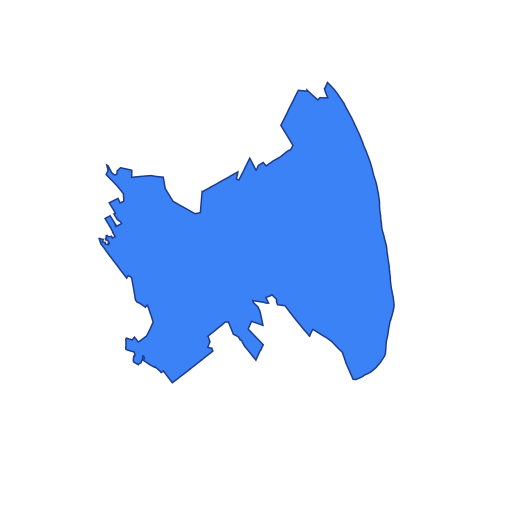 outline of Jumpravas pag., Lielvardes, Latvia, rotated 234°
{"feature_id": "27541924B27221718879632", "entity_name": "Jumpravas pag.", "entity_type": "district", "adm_level": 2, "iso_a3": "LVA", "parent_name": "Latvia", "parent_adm1": "Lielvardes", "projection": "natural_earth1", "projection_center": [24.983, 56.676], "detail": "fine", "context": "isolated", "style": "filled", "palette": "blue", "viewbox_px": 512, "rotation_deg": 234, "n_neighbors": 0, "source": "geoboundaries", "source_scale": "gbopen_adm2", "svg_char_len": 5995}
<svg xmlns="http://www.w3.org/2000/svg" viewBox="0 0 512 512"><g transform="rotate(234 256 256)"><path d="M99.2,262.1L97.3,264.3L97.1,265.0L97.1,265.5L96.6,267.3L96.4,268.4L96.0,270.4L95.8,271.7L95.9,273.2L95.6,275.5L95.4,276.0L95.1,277.4L95.0,278.6L94.7,279.9L94.7,280.9L94.8,282.1L94.8,283.3L95.2,287.6L95.5,288.8L95.8,289.8L96.0,290.9L96.7,293.8L99.0,299.9L99.5,301.2L100.1,302.2L101.1,303.4L103.8,305.8L105.4,307.1L106.8,308.3L108.1,309.3L109.8,310.8L110.6,311.6L115.4,317.0L116.6,318.0L120.4,321.8L123.4,325.0L124.2,325.8L125.0,327.2L126.3,329.0L127.3,330.1L128.5,331.8L129.4,332.7L130.3,334.0L131.4,335.3L132.8,336.6L133.1,337.1L133.7,337.6L134.2,338.1L135.6,339.1L137.4,340.2L139.8,341.5L142.2,342.9L144.2,343.7L148.0,345.5L149.9,346.3L152.2,347.5L156.6,350.0L158.8,351.4L159.6,352.1L161.1,352.8L164.1,354.5L165.0,355.1L166.4,355.8L168.2,357.0L170.1,358.1L174.3,360.2L176.1,361.1L180.0,363.3L182.1,364.3L185.2,366.2L187.7,367.5L189.4,368.2L195.7,370.6L196.8,371.2L198.7,371.9L202.1,373.1L204.1,373.9L206.0,375.0L208.3,376.4L210.3,377.5L212.4,378.6L213.9,379.5L215.2,380.5L216.8,381.1L218.5,382.1L220.0,382.9L222.1,384.2L223.9,385.3L225.3,386.4L226.6,387.3L228.2,388.3L229.5,389.0L231.0,389.7L232.8,390.6L234.0,391.4L236.2,392.4L238.5,393.4L240.8,394.6L243.0,395.5L244.7,396.2L246.4,396.8L251.5,398.4L255.7,400.1L258.1,401.2L260.6,402.0L262.6,402.8L265.0,403.6L270.5,405.2L272.6,405.6L274.2,406.2L276.4,406.8L278.3,407.2L280.5,407.6L282.3,408.1L284.4,408.8L287.0,409.5L293.1,411.0L299.7,412.3L311.1,414.5L314.2,414.9L316.7,415.2L320.0,415.7L322.4,415.9L325.3,416.4L327.8,416.9L330.9,417.0L333.7,417.1L336.2,417.1L338.4,417.3L344.0,417.2L346.6,416.9L349.5,416.6L354.4,415.8L351.3,410.7L351.4,409.9L350.3,409.5L348.4,408.7L346.8,408.3L341.8,407.1L343.6,404.4L346.5,400.9L346.0,397.7L355.5,395.7L360.2,394.8L359.3,394.3L360.2,393.3L362.0,391.2L365.2,387.6L362.9,383.2L362.1,381.6L359.5,376.8L357.8,373.4L355.2,368.3L353.7,365.8L351.8,362.1L350.4,359.4L348.5,355.7L347.1,352.9L336.0,352.0L323.7,350.9L321.5,346.3L322.1,345.1L322.3,343.3L322.3,343.0L322.2,339.7L321.9,334.4L321.9,333.5L322.8,326.0L322.9,319.8L323.0,317.1L327.2,316.8L327.5,316.8L327.6,314.9L327.8,311.4L327.7,310.9L326.1,308.2L325.3,306.6L325.5,306.4L325.9,306.5L338.1,308.4L338.8,308.4L337.5,306.0L333.6,298.5L333.5,298.2L332.9,297.4L327.5,286.7L329.8,285.4L334.2,290.3L334.7,290.8L335.8,281.9L335.8,281.0L335.8,280.6L336.7,274.0L337.3,268.7L337.7,264.4L337.8,264.3L338.0,263.0L338.1,262.7L338.1,262.3L338.0,262.1L338.5,259.8L338.3,259.8L338.7,256.9L339.1,254.0L339.4,250.4L339.8,250.3L330.9,242.6L323.8,236.5L324.4,235.1L326.2,231.4L332.5,228.6L335.7,227.1L343.4,223.5L345.8,222.5L349.0,221.0L362.8,222.1L364.1,222.3L374.3,227.3L379.1,221.9L382.8,218.3L388.8,208.4L392.7,201.7L398.4,205.9L402.1,202.7L407.0,198.3L406.5,193.9L406.3,193.5L404.0,191.6L404.5,189.2L408.1,188.2L415.9,189.3L417.3,188.7L415.3,187.9L414.2,187.5L412.2,186.7L411.3,185.2L411.1,184.8L410.0,182.6L402.7,183.6L402.4,183.8L396.2,184.6L394.8,184.8L393.7,184.9L389.0,185.1L387.9,185.2L387.4,185.2L384.0,185.3L382.7,184.2L379.7,182.4L378.0,181.1L378.8,177.2L383.7,178.2L385.1,169.8L385.3,168.5L376.6,167.8L373.3,167.5L373.6,165.8L367.1,165.2L363.3,166.5L361.2,166.3L362.0,160.8L362.0,160.1L363.8,160.2L363.6,160.9L374.3,161.6L374.6,159.2L374.8,157.9L374.9,157.3L375.1,156.0L375.1,155.9L366.0,155.1L363.0,154.9L362.6,154.6L359.4,154.4L359.3,153.9L354.5,153.5L354.9,150.4L356.9,150.7L358.2,147.8L360.2,147.7L360.5,146.8L358.2,145.2L358.7,144.6L357.5,143.8L355.8,145.2L352.6,144.7L353.1,143.9L351.8,143.5L353.5,141.7L354.1,141.1L355.6,141.9L357.7,140.0L359.2,142.2L362.2,139.5L362.3,139.6L362.4,139.4L357.6,137.8L357.1,137.6L351.3,137.8L343.6,137.7L329.6,138.1L324.5,138.1L314.1,138.4L314.9,139.8L315.4,141.2L314.9,141.3L314.7,141.3L313.0,142.2L312.7,142.3L311.4,142.5L311.2,142.4L309.5,141.7L308.9,141.3L303.6,138.8L294.3,134.2L293.3,133.6L292.9,133.3L290.9,132.6L288.4,132.7L286.3,134.1L283.2,135.3L279.5,136.4L280.3,139.0L279.2,139.1L278.9,139.0L270.5,136.4L269.9,136.3L262.9,133.9L261.7,131.7L259.3,127.7L257.8,124.8L255.6,120.5L255.5,120.1L255.6,119.3L255.5,110.2L261.8,110.0L260.9,106.4L264.1,104.1L265.8,102.9L265.1,101.8L265.0,101.6L262.9,100.3L262.5,100.0L262.0,99.7L261.1,99.1L259.8,98.0L258.3,96.6L257.6,96.2L257.0,95.9L256.2,96.3L255.9,96.5L255.2,97.0L251.5,99.7L251.0,100.2L249.7,101.1L247.0,99.7L246.3,98.7L246.8,98.3L246.0,97.4L243.6,95.3L242.3,94.7L237.2,96.9L237.4,97.7L237.7,98.5L237.2,100.0L239.0,103.1L241.6,105.9L240.6,106.3L238.5,105.4L238.5,104.9L238.2,103.4L234.1,104.9L230.8,106.1L229.6,106.6L225.8,108.4L225.2,108.8L225.4,109.3L219.6,110.6L217.4,110.8L217.2,113.2L217.3,113.2L217.4,113.5L202.6,113.8L203.1,131.7L203.2,136.0L203.3,136.0L203.8,149.6L204.2,158.8L204.4,165.2L207.2,166.0L207.3,166.1L210.4,163.3L210.6,163.4L213.3,167.7L213.5,168.1L213.6,168.4L214.0,168.3L214.3,168.4L216.8,169.3L218.7,169.9L219.4,169.8L219.6,175.0L219.8,179.3L220.0,182.3L220.2,187.1L220.2,187.4L220.7,192.2L218.9,194.9L216.1,194.2L208.4,192.3L206.1,191.7L205.7,191.8L203.7,192.9L201.2,194.1L200.6,194.2L197.4,193.9L196.2,194.6L191.7,194.0L191.4,194.0L190.1,193.7L187.6,193.9L184.7,194.1L180.9,194.3L179.1,194.4L177.6,194.4L175.8,194.5L174.2,194.6L172.4,194.7L171.8,194.7L172.2,195.3L174.9,200.0L176.8,203.4L177.0,203.8L177.0,204.1L177.0,204.5L178.5,207.1L179.9,209.7L201.5,206.7L205.8,214.0L200.6,217.6L195.8,220.9L208.4,226.5L213.2,227.6L213.3,227.7L220.0,226.5L220.3,226.6L221.8,227.3L221.2,227.8L213.9,235.1L212.6,236.0L211.6,237.0L210.5,238.5L216.6,239.6L215.3,244.6L215.3,246.1L208.8,247.2L207.4,246.0L206.1,245.4L203.9,244.8L198.7,250.3L190.1,250.4L181.5,250.7L168.6,251.5L161.3,252.1L160.7,252.1L159.9,252.1L159.6,252.2L161.7,255.6L162.1,256.5L162.5,257.2L163.1,258.6L163.2,258.9L150.4,264.1L149.7,264.4L149.3,264.8L141.9,267.1L135.5,267.9L132.3,268.4L127.1,269.3L127.0,269.2L126.8,269.1L126.0,268.8L121.9,267.6L121.0,267.3L120.8,267.2L118.6,266.6L116.8,265.9L115.8,265.7L99.2,262.1Z" fill="#3b82f6" stroke="#1e3a8a" stroke-width="1.5"/></g></svg>